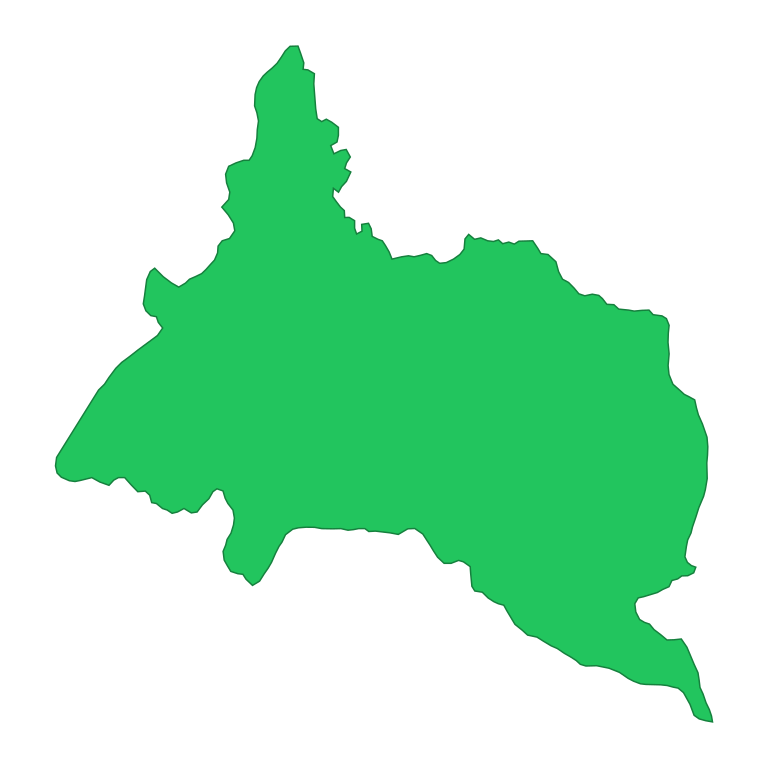 outline of Ituverava, São Paulo, Brazil
{"feature_id": "56859067B5910170825055", "entity_name": "Ituverava", "entity_type": "district", "adm_level": 2, "iso_a3": "BRA", "parent_name": "Brazil", "parent_adm1": "São Paulo", "projection": "equal_earth", "projection_center": [-47.81, -20.319], "detail": "fine", "context": "isolated", "style": "filled", "palette": "green", "viewbox_px": 768, "rotation_deg": 0, "n_neighbors": 0, "source": "geoboundaries", "source_scale": "gbopen_adm2", "svg_char_len": 4196}
<svg xmlns="http://www.w3.org/2000/svg" viewBox="0 0 768 768"><path d="M290.1,46.3L285.3,50.9L281.5,56.9L277.1,63.3L271.9,68.3L267.2,72.2L263.2,76.0L259.2,81.6L256.6,87.6L255.1,94.6L254.6,105.9L256.9,112.7L258.5,121.0L257.3,129.6L256.9,138.2L255.2,147.6L252.2,155.7L249.1,160.3L243.7,160.3L236.0,162.9L228.7,166.3L225.6,174.2L226.6,182.9L229.8,192.1L228.7,199.5L221.8,207.1L228.3,214.9L233.4,223.0L234.8,230.8L229.5,238.5L222.2,240.8L218.1,246.1L217.6,252.9L214.5,260.1L210.6,264.3L206.0,269.5L201.7,273.6L195.5,276.6L189.5,279.2L185.5,283.1L178.7,287.1L171.4,282.9L163.2,276.7L154.7,268.2L150.3,271.5L146.7,279.6L144.5,296.2L143.3,303.9L145.9,310.8L150.8,315.6L156.4,316.7L158.3,322.4L162.7,328.0L157.5,335.5L148.9,341.9L138.2,349.8L129.8,356.4L121.7,362.4L115.8,368.3L109.0,377.4L104.5,384.2L98.6,390.0L56.6,457.4L55.5,465.9L57.1,473.0L61.3,477.2L69.3,480.7L75.0,481.5L80.1,480.5L91.8,477.6L100.0,482.1L109.0,485.3L113.8,480.1L118.4,477.6L124.7,477.6L131.3,485.0L137.8,491.7L145.3,491.1L149.7,495.2L151.7,502.6L156.4,503.5L162.5,508.5L167.1,510.0L172.1,513.3L177.5,512.0L184.0,508.5L191.3,512.9L197.1,512.0L202.4,504.9L208.9,498.7L212.9,491.7L216.9,488.8L223.0,490.9L225.2,498.3L227.9,503.5L233.0,510.1L234.4,518.1L233.5,525.0L231.0,533.2L227.1,539.4L225.7,545.1L223.1,551.4L224.2,560.1L227.3,565.6L230.8,571.4L237.8,573.7L242.9,574.3L246.0,579.2L252.5,585.4L259.6,581.1L264.2,573.8L268.1,568.2L271.5,562.4L275.5,553.3L279.0,546.4L282.0,542.1L285.5,534.7L292.7,529.2L298.4,527.8L306.1,527.2L314.5,527.3L321.8,528.6L332.7,528.8L340.9,528.6L348.0,530.2L353.5,529.6L358.6,528.6L364.9,528.6L368.8,531.5L375.3,531.1L389.8,532.8L398.3,534.4L407.8,528.8L414.8,528.5L422.8,534.0L426.8,540.2L430.2,545.4L433.3,550.6L437.6,557.2L444.1,563.3L451.1,563.3L458.6,560.4L463.4,561.8L470.2,566.6L470.7,573.7L471.9,586.3L474.8,591.0L482.3,592.2L488.3,598.1L493.9,601.7L498.3,603.7L503.8,605.2L506.7,610.5L515.0,624.4L522.0,630.0L527.6,635.1L537.0,637.1L543.6,641.3L551.1,645.8L557.3,648.5L564.3,653.3L570.1,656.6L576.2,660.5L580.3,664.3L585.9,666.0L596.6,665.7L609.0,668.2L619.5,672.4L628.2,678.4L633.8,681.3L640.5,683.8L645.7,684.4L660.6,684.8L667.2,685.5L673.1,687.1L678.1,688.1L683.5,692.6L687.0,698.9L690.0,704.3L694.1,715.3L699.2,718.9L705.7,720.7L712.5,721.9L711.5,716.0L709.3,709.5L706.0,702.7L703.0,693.9L700.0,687.5L699.1,680.0L698.0,672.8L694.1,664.3L690.2,655.0L686.9,647.2L681.3,639.0L673.8,639.8L667.0,640.0L661.2,635.1L654.0,629.6L649.5,624.1L644.5,622.4L639.6,619.5L635.8,612.0L634.8,603.7L638.2,597.9L643.6,596.7L649.8,594.8L657.4,592.5L662.8,589.4L669.0,586.7L671.9,580.5L677.7,578.9L681.8,575.9L687.8,575.7L693.7,572.8L695.8,567.2L691.4,565.6L687.4,562.4L684.9,556.8L686.4,546.4L687.7,539.9L691.0,533.0L692.5,526.9L695.8,517.2L698.8,507.7L703.6,496.3L705.3,489.8L707.2,478.6L706.8,462.9L707.5,455.1L707.8,446.7L707.0,437.2L702.4,423.9L698.4,414.9L696.4,407.7L694.7,399.9L689.3,396.9L684.3,394.4L679.9,390.4L672.9,384.2L669.0,374.5L668.1,365.5L669.1,353.9L668.0,342.3L668.3,333.2L669.1,325.3L666.4,318.6L662.0,315.9L653.1,314.7L649.0,310.1L641.7,310.4L634.2,311.1L628.6,310.1L618.7,309.1L613.9,304.7L606.8,304.3L602.5,298.7L598.8,295.4L592.3,294.2L584.8,295.8L578.8,293.8L574.1,288.1L568.6,282.5L562.5,279.2L558.6,271.7L555.9,261.7L548.0,254.5L540.9,253.6L537.8,248.4L532.7,240.8L526.1,241.0L518.9,241.2L514.3,244.1L508.8,242.1L502.7,243.7L498.4,239.9L493.5,241.5L487.7,240.8L480.8,237.9L474.6,239.3L468.7,234.4L465.0,238.9L464.1,249.1L459.9,254.5L453.5,259.1L446.3,262.6L439.7,263.3L435.6,260.5L431.7,255.5L426.7,253.6L420.6,255.3L414.1,256.8L408.5,255.8L401.7,256.8L392.0,259.1L389.1,251.9L385.4,245.5L382.3,240.8L378.0,239.3L372.2,236.4L371.2,228.8L368.5,223.3L361.7,224.4L362.0,231.2L356.6,234.0L354.6,228.2L354.6,220.7L349.2,217.4L344.7,217.5L344.3,210.6L340.4,207.0L336.5,201.9L332.7,196.6L333.4,188.3L338.5,192.2L341.6,186.6L346.4,181.4L350.8,172.0L344.7,168.6L346.5,162.9L350.3,157.0L346.2,149.5L340.7,150.5L333.9,153.8L330.7,145.6L337.0,142.0L338.4,135.3L338.4,127.3L331.7,122.2L326.3,119.2L321.7,121.6L317.2,118.7L315.7,108.8L314.5,93.2L313.8,83.8L314.4,73.7L307.9,69.9L303.1,69.3L303.8,62.9L300.6,53.3L298.0,46.1L290.1,46.3Z" fill="#22c55e" stroke="#15803d" stroke-width="1.5"/></svg>